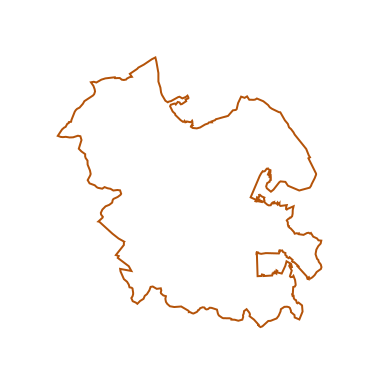 the district of Slava Cercheza, Tulcea, Romania, rotated 194°
{"feature_id": "2599482B87886989581209", "entity_name": "Slava Cercheza", "entity_type": "district", "adm_level": 2, "iso_a3": "ROU", "parent_name": "Romania", "parent_adm1": "Tulcea", "projection": "albers", "projection_center": [28.562, 44.879], "detail": "fine", "context": "isolated", "style": "outline", "palette": "amber", "viewbox_px": 384, "rotation_deg": 194, "n_neighbors": 0, "source": "geoboundaries", "source_scale": "gbopen_adm2", "svg_char_len": 5925}
<svg xmlns="http://www.w3.org/2000/svg" viewBox="0 0 384 384"><g transform="rotate(194 192 192)"><path d="M161.7,298.1L163.7,296.1L167.4,296.4L168.8,289.4L168.7,283.2L169.4,282.2L172.1,281.1L175.4,274.6L186.4,268.4L187.1,267.2L190.1,265.2L189.5,264.4L192.3,263.7L193.1,262.3L195.6,260.7L199.7,256.6L202.7,254.9L206.8,254.3L208.9,255.1L208.8,255.8L208.3,255.8L207.4,256.9L208.3,257.5L208.1,259.0L209.2,260.0L208.8,260.7L209.1,261.1L209.5,260.1L210.6,259.3L214.1,259.2L215.4,258.6L215.0,258.2L215.4,258.0L216.5,259.1L216.8,258.2L217.7,257.9L220.5,259.0L226.8,262.7L227.4,263.9L230.2,265.4L234.0,269.9L233.7,271.5L230.9,273.3L229.9,273.7L228.9,273.0L227.6,275.9L225.8,275.9L224.2,274.4L223.2,274.8L219.6,278.7L220.6,280.2L218.2,282.0L218.4,282.9L219.7,284.4L221.0,282.7L224.0,280.5L227.2,281.4L228.4,280.7L234.4,275.1L236.2,274.2L237.2,273.2L239.9,274.1L244.7,279.0L246.1,281.1L247.9,285.6L251.3,291.0L253.4,299.3L258.1,309.9L260.1,313.7L263.1,311.1L269.6,303.9L274.2,299.7L274.9,298.3L280.9,291.6L278.2,289.2L280.4,288.3L282.6,286.3L283.1,285.2L285.2,284.2L287.3,284.0L289.7,285.1L294.4,283.8L294.7,284.0L294.3,284.5L294.5,284.7L303.5,281.3L307.1,279.1L311.3,275.1L313.9,275.2L316.6,274.0L313.3,271.1L311.4,268.3L310.4,266.1L310.6,263.3L311.4,261.7L318.4,254.1L319.2,251.2L321.5,246.7L323.6,244.9L324.6,243.3L325.2,241.5L326.4,232.6L326.3,230.9L328.4,230.0L328.3,229.0L329.5,228.0L330.4,224.6L331.6,223.6L333.2,221.3L335.8,214.0L332.7,213.7L330.6,214.0L327.8,215.0L324.0,215.3L320.6,216.3L316.3,219.0L313.8,219.1L311.8,215.7L312.3,206.6L309.1,204.6L304.8,202.9L304.3,200.7L303.4,199.2L301.0,197.2L299.9,193.3L296.2,188.2L294.7,185.0L294.8,183.4L296.1,178.3L293.5,175.6L288.0,175.0L285.5,173.6L284.1,173.3L279.9,173.5L278.0,175.6L274.9,175.2L271.9,175.4L268.7,174.4L264.9,175.9L262.2,176.2L260.3,173.1L260.7,171.9L262.9,169.2L266.5,166.3L267.0,165.0L266.9,162.6L267.1,162.1L269.2,159.5L272.4,157.2L274.7,153.3L275.4,149.7L274.8,148.2L272.5,146.3L272.6,145.4L275.7,140.7L274.7,140.7L259.1,132.3L252.0,129.1L245.8,127.4L246.0,127.1L245.3,124.1L250.6,112.4L247.6,112.1L248.1,110.1L235.4,104.7L231.7,100.7L243.1,100.0L242.1,97.6L237.0,91.0L233.3,89.2L230.9,86.8L229.6,84.4L227.4,84.5L226.4,84.0L224.7,79.9L224.4,78.6L224.5,76.3L225.2,74.4L223.1,71.7L219.7,71.1L218.0,70.3L216.0,73.7L213.2,76.6L212.7,79.8L211.0,82.0L209.6,86.2L209.2,89.9L207.2,90.8L202.8,89.5L199.0,91.0L198.0,89.1L198.0,87.0L197.5,86.1L194.8,84.7L192.1,84.6L192.0,81.9L190.7,79.1L189.0,77.5L185.8,75.8L181.4,76.1L174.8,78.3L167.0,76.0L165.9,75.3L165.9,74.7L165.0,75.0L162.3,74.4L161.1,74.5L158.4,76.7L157.7,77.7L157.6,78.7L156.6,79.5L156.0,81.2L153.8,82.7L152.0,82.9L150.6,81.7L149.5,81.6L148.2,82.2L146.8,84.0L144.9,84.3L139.3,83.9L137.4,80.2L136.1,78.7L132.4,77.3L131.2,77.1L124.8,78.6L123.1,78.4L122.9,77.7L119.6,78.4L115.9,78.3L112.3,80.3L112.1,83.1L112.7,84.8L112.4,86.6L112.7,89.0L110.7,91.5L107.2,88.8L106.2,87.4L106.1,85.4L101.0,83.2L96.0,79.8L95.8,79.0L95.1,79.2L94.6,78.2L92.9,77.5L91.2,78.7L86.8,85.3L84.6,86.0L79.3,89.8L78.0,92.8L77.2,97.5L77.4,99.8L74.6,102.9L72.0,103.7L70.1,103.7L69.0,103.2L67.3,100.8L66.9,99.4L62.8,97.4L62.0,95.1L57.0,94.3L55.8,102.7L57.8,108.6L61.9,110.5L62.8,109.5L63.5,109.8L64.9,112.2L66.3,112.5L67.4,113.4L68.3,115.8L69.2,115.4L70.1,117.0L69.5,117.3L70.8,124.3L69.4,125.1L68.9,126.8L69.3,128.0L70.7,131.5L73.3,135.2L73.9,133.9L75.7,133.3L76.6,134.0L76.2,139.9L79.8,143.8L79.3,145.9L76.4,142.5L78.5,146.2L83.5,147.6L83.6,142.9L85.2,134.6L89.7,134.6L90.0,134.9L90.1,136.1L91.0,136.4L90.5,133.4L91.1,133.7L91.6,135.1L92.4,134.9L92.3,133.1L93.0,133.1L93.4,134.2L93.6,132.4L94.1,132.3L94.0,130.4L102.1,127.8L102.2,128.9L104.2,128.9L104.3,127.3L108.0,126.2L114.0,147.4L114.4,147.3L114.7,148.6L114.6,149.3L114.3,149.3L113.1,149.3L112.7,148.7L110.0,148.7L105.5,150.6L92.8,153.4L92.4,155.3L93.1,155.5L93.1,156.5L92.6,156.8L92.0,156.4L90.3,157.1L89.0,155.7L86.6,155.4L86.3,153.6L84.6,152.7L84.5,151.9L82.2,151.2L81.6,152.3L77.9,150.4L78.2,149.0L77.1,148.4L75.9,148.6L70.8,145.8L70.7,145.7L71.4,145.3L60.4,138.0L58.9,135.6L58.3,135.6L59.6,137.0L58.8,136.7L58.0,137.6L57.3,136.5L56.4,136.5L54.6,138.3L52.9,141.0L51.7,144.5L48.3,148.5L48.2,150.4L49.5,152.8L52.1,154.9L53.1,156.7L54.5,157.4L57.1,161.6L57.4,166.2L56.4,170.0L54.7,173.1L54.8,176.1L57.6,175.7L59.5,177.2L63.6,178.0L66.7,181.0L67.4,180.2L68.9,180.7L70.5,180.0L73.4,177.4L78.1,176.9L78.4,177.7L79.1,177.1L80.2,177.4L82.3,176.4L83.4,177.8L87.4,180.5L88.7,180.9L89.5,181.5L89.6,182.2L90.2,182.0L91.2,183.8L91.7,185.8L93.2,187.4L91.8,189.6L91.1,189.9L90.6,191.0L90.0,191.0L89.0,192.7L89.1,195.2L89.9,198.9L90.0,202.7L95.5,198.5L95.8,197.9L96.6,198.2L97.0,200.2L96.9,202.2L102.7,199.9L103.6,200.2L104.2,201.0L104.4,202.0L104.8,201.0L105.3,201.0L104.9,201.7L105.1,201.9L105.9,200.6L106.5,201.4L106.2,202.0L106.5,202.4L107.0,201.1L108.3,201.4L110.0,200.7L110.0,202.1L111.2,201.3L112.0,200.1L112.4,198.2L114.2,197.6L115.8,197.9L120.2,200.1L119.5,200.9L120.6,203.0L120.4,204.1L123.4,204.6L125.3,205.6L125.5,205.1L126.0,205.1L125.7,204.5L125.9,203.2L126.8,202.4L127.6,202.6L127.6,201.7L126.8,200.8L125.2,201.0L125.3,200.5L121.5,199.9L121.6,199.2L126.1,199.0L127.0,198.4L128.2,198.4L127.9,199.9L133.8,201.0L130.2,223.8L129.4,226.8L128.4,229.3L127.4,229.2L126.3,230.0L125.1,232.7L124.1,233.1L124.0,232.7L121.8,232.2L122.6,227.0L122.5,226.5L121.5,232.2L121.1,232.1L120.7,229.8L121.2,225.9L120.5,227.8L120.2,227.3L120.6,224.5L119.5,226.6L118.8,224.3L119.1,223.4L118.4,222.8L119.5,221.0L119.3,220.6L121.2,218.8L121.4,215.4L120.3,213.7L115.5,211.4L113.5,214.0L109.7,222.5L108.7,223.7L103.8,224.4L100.4,221.3L88.3,219.4L78.8,224.7L78.0,226.8L77.8,228.6L76.3,235.1L75.8,238.9L76.1,239.9L87.2,252.9L85.9,254.2L87.4,255.6L91.6,261.4L106.3,272.6L107.9,274.4L111.1,277.0L113.5,278.2L115.5,281.3L119.2,284.0L125.6,290.7L127.0,290.5L134.6,292.1L137.0,293.0L139.2,294.8L144.7,297.3L151.7,298.4L152.9,297.1L154.3,296.4L158.8,295.4L161.7,298.1Z" fill="none" stroke="#b45309" stroke-width="2"/></g></svg>